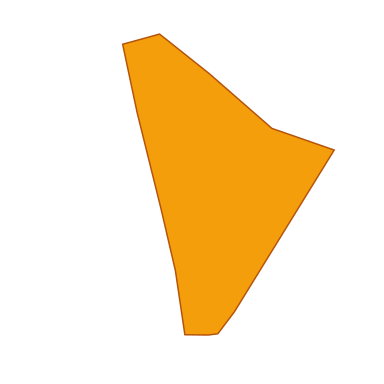 an SVG outline of Micoud, rotated 21°
{"feature_id": "LCA-5083", "entity_name": "Micoud", "entity_type": "Quarter", "adm_level": 1, "iso_a3": "LCA", "parent_name": "Saint Lucia", "parent_adm1": "", "projection": "equal_earth", "projection_center": [-60.927, 13.81], "detail": "fine", "context": "isolated", "style": "filled", "palette": "amber", "viewbox_px": 384, "rotation_deg": 21, "n_neighbors": 0, "source": "natural_earth", "source_scale": "10m", "svg_char_len": 322}
<svg xmlns="http://www.w3.org/2000/svg" viewBox="0 0 384 384"><g transform="rotate(21 192 192)"><path d="M309.7,101.9L274.5,288.7L266.9,315.1L258.4,319.7L236.5,327.8L204.7,271.4L169.1,218.8L112.3,137.5L74.3,78.9L105.1,56.2L165.6,75.3L243.8,104.0L309.7,101.9Z" fill="#f59e0b" stroke="#b45309" stroke-width="1.5"/></g></svg>